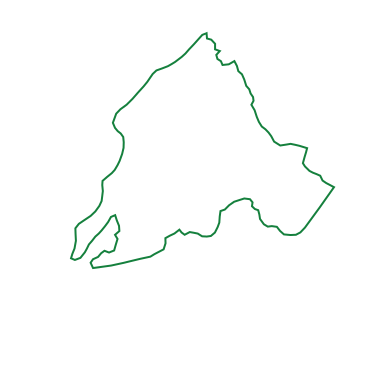 João Pessoa, Paraíba, Brazil (Natural Earth projection), rotated 221°
{"feature_id": "56859067B31395932343468", "entity_name": "João Pessoa", "entity_type": "district", "adm_level": 2, "iso_a3": "BRA", "parent_name": "Brazil", "parent_adm1": "Paraíba", "projection": "natural_earth1", "projection_center": [-34.87, -7.147], "detail": "fine", "context": "isolated", "style": "outline", "palette": "green", "viewbox_px": 384, "rotation_deg": 221, "n_neighbors": 0, "source": "geoboundaries", "source_scale": "gbopen_adm2", "svg_char_len": 2206}
<svg xmlns="http://www.w3.org/2000/svg" viewBox="0 0 384 384"><g transform="rotate(221 192 192)"><path d="M123.0,216.3L116.6,214.8L112.1,215.6L109.4,218.6L105.1,221.4L100.1,220.4L94.8,220.3L89.5,224.1L85.5,227.9L83.7,232.6L83.4,239.2L85.5,264.1L88.0,288.8L92.4,287.8L96.6,286.8L101.0,286.3L105.9,288.4L109.8,287.2L113.4,285.9L117.2,285.0L123.5,285.4L127.2,286.5L129.9,292.1L132.0,296.8L133.9,300.6L141.3,297.3L145.1,295.3L149.2,293.0L151.9,289.7L155.9,285.0L163.1,283.9L168.8,286.1L173.2,287.1L177.7,287.5L182.3,287.2L187.5,288.8L192.4,291.2L198.4,294.8L204.4,296.8L205.4,301.2L208.2,303.7L212.4,304.8L216.2,307.1L220.7,307.7L226.4,311.2L231.5,313.6L236.3,313.6L240.8,316.6L245.9,318.6L248.0,312.5L252.3,307.9L256.0,309.7L260.1,309.1L263.6,311.4L263.5,316.6L268.2,314.8L271.8,319.0L277.4,319.6L281.4,317.7L285.2,321.4L287.3,317.3L287.4,311.9L287.5,304.6L287.8,297.9L287.8,292.2L288.4,287.2L290.1,279.0L291.3,275.2L292.7,271.2L295.6,265.7L298.6,260.4L299.1,255.3L298.5,250.1L298.0,245.9L297.8,239.9L298.0,231.5L298.0,223.3L298.6,215.0L300.3,207.5L300.6,201.4L297.1,192.3L292.2,189.9L288.0,189.2L284.2,189.4L280.0,188.4L276.2,184.8L272.6,180.4L269.7,174.9L267.0,167.9L265.8,163.4L264.8,157.9L264.9,153.7L266.0,147.4L266.8,141.7L264.3,138.4L259.9,134.2L256.5,129.2L254.3,125.9L252.8,120.7L252.2,113.9L252.8,107.5L255.1,99.0L256.5,93.7L256.2,88.1L252.3,83.9L247.6,79.0L243.6,72.3L241.7,66.8L239.8,62.6L235.8,63.9L233.0,69.1L233.3,76.2L234.2,80.4L235.4,84.8L235.4,89.7L235.7,94.9L235.1,99.5L235.0,103.7L235.2,109.1L235.6,114.3L236.8,120.0L234.8,124.1L230.2,121.3L224.9,118.6L221.2,114.9L222.0,109.2L217.4,107.7L214.9,102.1L212.4,96.8L214.9,91.9L219.5,90.2L220.4,86.2L220.3,81.4L222.6,76.3L222.1,72.1L216.8,69.7L204.8,83.4L197.1,93.7L194.0,98.1L187.3,107.5L181.0,115.9L179.6,120.4L175.8,130.1L178.3,135.9L181.8,139.7L180.1,144.4L178.0,149.2L176.8,155.3L173.3,154.6L169.5,154.9L167.4,160.3L163.9,162.4L160.4,164.4L155.3,165.2L151.6,168.1L148.9,171.2L148.1,176.4L149.6,182.3L151.3,186.8L155.0,191.7L158.0,196.3L155.7,200.3L155.3,206.4L153.8,212.3L150.6,217.6L148.3,221.4L143.5,224.6L139.5,223.9L137.4,220.6L133.4,220.4L130.1,221.7L126.4,219.2L123.0,216.3Z" fill="none" stroke="#15803d" stroke-width="2"/></g></svg>